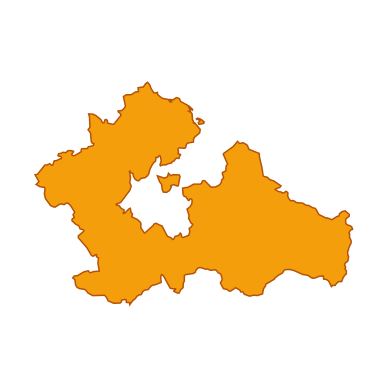 outline of Hebei, rotated 261°
{"feature_id": "CHN-1811", "entity_name": "Hebei", "entity_type": "Province", "adm_level": 1, "iso_a3": "CHN", "parent_name": "China", "parent_adm1": "", "projection": "mercator", "projection_center": [116.359, 39.339], "detail": "fine", "context": "isolated", "style": "filled", "palette": "amber", "viewbox_px": 384, "rotation_deg": 261, "n_neighbors": 0, "source": "natural_earth", "source_scale": "10m", "svg_char_len": 5999}
<svg xmlns="http://www.w3.org/2000/svg" viewBox="0 0 384 384"><g transform="rotate(261 192 192)"><path d="M224.3,228.8L225.1,229.2L230.5,239.9L234.9,244.9L232.6,246.5L232.4,248.5L232.8,249.7L231.9,251.4L229.5,253.9L225.2,255.0L219.6,264.4L216.2,264.1L204.6,264.9L196.9,264.8L195.8,266.0L194.9,268.6L192.1,270.7L190.2,274.4L184.1,280.9L182.7,279.3L182.3,276.2L181.4,274.5L178.8,277.7L178.3,279.5L176.7,281.7L176.8,282.8L178.0,284.8L176.9,286.2L175.8,286.6L173.6,285.9L170.6,286.4L168.0,288.0L167.6,291.0L165.1,293.7L163.7,299.6L160.9,302.8L160.6,305.0L157.7,308.5L156.7,310.9L155.4,311.9L150.0,313.7L145.1,320.6L145.3,321.4L142.8,325.9L145.2,331.6L145.4,333.6L147.4,334.2L149.2,337.2L149.4,340.3L145.4,343.7L143.6,343.6L141.5,340.0L139.7,339.2L136.6,339.1L135.0,340.6L134.0,342.8L132.7,344.2L130.3,344.8L129.9,344.6L129.8,342.9L127.2,340.7L125.6,341.1L122.6,340.5L119.3,341.5L117.0,341.3L111.9,337.9L110.0,337.4L109.2,336.4L105.7,336.1L103.8,336.6L99.5,335.2L97.9,332.4L96.5,331.3L93.5,332.0L92.1,331.0L90.0,332.2L86.8,331.5L85.8,329.7L83.6,327.8L80.1,325.8L80.6,322.9L79.1,320.4L77.3,318.7L77.8,316.5L76.7,314.9L82.8,313.0L84.8,310.7L85.3,308.4L88.6,308.5L88.8,304.0L87.8,300.3L88.0,297.4L91.7,293.2L93.2,288.5L98.7,280.1L100.2,276.2L100.7,272.3L100.5,271.0L97.8,268.6L96.4,264.6L94.2,260.7L93.0,259.6L89.3,250.3L87.7,249.9L85.2,247.5L80.3,245.7L79.5,240.4L80.4,237.1L80.1,232.6L82.8,227.7L85.4,226.6L85.7,224.5L87.8,223.8L90.6,220.1L88.0,214.5L88.5,213.0L90.2,211.5L91.6,207.9L97.6,205.8L101.1,208.3L106.5,207.5L108.3,205.0L110.5,204.0L111.5,202.8L111.8,197.8L113.4,195.6L113.7,193.2L115.9,188.9L116.3,186.6L114.0,183.5L112.3,182.8L111.3,180.7L111.4,172.8L110.8,171.4L105.2,170.5L103.5,169.2L98.9,168.2L97.2,165.6L94.1,163.3L94.5,161.8L96.7,158.5L97.4,158.7L98.3,160.5L99.0,160.6L99.6,157.2L100.4,155.4L113.1,150.9L114.9,149.8L115.2,149.0L113.0,147.8L107.5,147.4L106.2,141.5L106.1,138.4L105.1,136.4L102.5,133.4L102.4,129.6L101.0,127.5L98.7,125.9L98.5,123.3L97.5,121.0L95.8,119.7L93.7,116.2L90.5,112.9L92.4,113.1L93.2,109.9L95.6,110.1L96.4,109.3L96.2,105.5L94.4,105.0L93.6,103.7L94.3,97.4L97.5,92.2L101.8,90.8L103.7,89.4L105.2,77.7L108.5,73.5L112.0,71.5L112.8,70.2L114.2,65.7L115.7,63.7L118.3,62.5L123.9,62.6L125.8,60.7L127.5,62.6L127.3,65.7L130.1,72.9L130.4,77.2L128.6,78.3L128.1,79.2L128.8,82.1L128.4,88.1L136.3,87.9L141.5,89.3L143.0,87.5L145.1,87.9L145.1,86.8L144.0,84.4L145.0,82.8L153.6,79.4L164.5,72.6L166.5,72.9L170.2,79.0L170.8,79.1L171.9,78.5L173.0,75.7L176.2,75.0L178.7,71.8L182.4,68.9L184.2,69.5L185.1,71.8L188.1,70.9L190.4,73.0L197.5,70.0L200.0,68.1L200.8,66.3L199.5,63.7L200.7,61.3L200.6,59.5L198.5,54.4L198.9,52.9L200.7,50.2L208.5,46.2L213.5,45.9L217.3,47.2L219.6,47.1L221.0,42.7L223.8,39.2L226.1,42.5L233.6,39.7L233.7,42.2L241.6,50.8L241.4,53.1L242.2,55.9L240.4,57.5L240.3,58.6L244.3,60.8L244.2,63.3L245.3,66.2L245.2,67.9L246.0,68.4L247.5,68.1L248.4,65.7L249.1,65.3L250.7,66.3L250.7,68.7L251.4,70.7L250.6,73.6L252.3,76.0L251.6,79.7L250.7,81.3L250.2,81.3L248.5,79.4L247.3,79.2L246.8,79.5L246.2,81.4L249.0,88.7L251.6,89.4L252.0,90.1L251.3,95.4L252.9,96.7L253.0,99.9L253.6,102.0L255.3,102.6L255.9,101.0L257.9,100.4L266.2,101.0L269.8,99.1L271.9,101.3L282.2,102.5L285.3,102.1L284.4,106.3L282.6,109.0L277.8,113.3L274.4,114.5L274.1,116.0L276.9,117.3L277.1,118.5L275.9,119.6L273.2,119.4L271.3,124.2L271.3,125.5L278.9,133.9L281.0,133.3L282.6,131.6L283.6,131.6L283.5,135.4L285.3,138.3L287.3,139.7L297.0,139.2L298.3,142.2L297.6,147.1L299.6,151.7L299.5,154.8L303.4,155.0L303.4,160.4L306.3,163.2L307.3,165.3L304.5,167.0L300.5,167.8L296.0,169.8L295.4,171.3L295.8,173.4L293.5,173.4L289.9,176.5L288.9,178.0L286.9,183.6L285.5,183.7L284.2,184.8L284.2,185.7L285.4,184.8L284.9,186.4L286.1,184.5L286.8,184.6L285.9,188.4L286.4,188.6L287.7,191.2L286.7,193.5L285.9,194.3L283.3,194.8L277.3,202.5L273.5,205.5L272.9,205.2L274.6,203.9L275.6,202.3L272.4,203.3L272.2,201.4L271.0,203.2L269.4,204.3L263.0,203.8L261.9,204.4L259.7,204.4L259.4,204.8L259.8,205.5L252.5,209.9L249.2,208.8L245.8,203.3L244.2,201.9L241.1,201.2L241.0,195.4L239.9,194.0L236.8,192.6L236.3,191.6L237.6,186.5L237.3,185.6L236.2,184.7L234.4,185.0L232.0,184.3L231.2,186.1L230.4,186.5L229.2,185.2L227.2,184.4L227.7,182.1L227.3,180.6L225.6,179.5L225.0,177.3L223.9,176.4L223.6,172.7L222.9,170.6L223.4,167.5L222.8,165.0L223.8,164.6L227.6,166.5L232.5,166.3L233.1,165.3L231.4,163.5L231.9,161.9L228.1,160.8L227.1,158.9L224.8,156.7L221.0,154.0L216.7,152.1L215.1,150.7L213.5,148.1L213.4,143.7L211.4,141.2L211.9,139.5L213.5,137.8L216.6,136.6L219.6,136.5L220.5,134.6L222.3,134.0L222.2,133.4L215.7,133.5L211.0,132.0L207.4,132.9L203.3,130.8L192.8,119.9L191.9,115.2L190.7,115.5L190.1,117.8L186.7,119.6L185.1,122.0L183.8,122.0L181.9,120.7L181.4,120.9L181.6,122.1L185.3,127.3L185.6,128.5L181.5,128.6L179.5,129.8L176.9,128.6L173.5,133.6L170.2,136.3L168.6,136.6L164.8,135.8L159.0,138.5L159.0,139.2L165.0,148.4L166.3,149.4L166.7,151.9L164.9,154.0L163.2,157.1L153.6,160.2L151.8,161.2L150.1,164.1L148.1,165.4L148.2,166.4L150.9,168.4L151.0,171.7L153.2,174.0L151.8,174.9L149.7,174.7L148.7,175.5L148.5,176.3L149.8,182.0L152.8,183.5L156.6,183.6L157.6,185.8L160.0,187.7L161.7,186.1L166.6,184.5L169.2,185.4L175.8,184.4L177.8,187.8L180.2,189.9L183.6,190.8L184.9,190.5L185.5,189.6L185.4,188.9L184.1,187.8L184.2,187.1L188.1,185.2L189.1,183.5L190.9,182.8L197.3,183.3L197.3,188.8L199.5,194.9L198.5,201.3L199.1,202.8L201.2,204.0L201.5,205.3L200.9,206.5L193.8,211.6L193.3,216.1L194.8,220.4L196.6,222.2L199.4,223.4L201.1,225.5L206.0,224.8L206.7,225.6L207.4,228.6L212.4,229.8L214.0,231.5L224.3,228.8ZM213.4,160.3L210.1,166.8L210.5,169.1L211.2,170.3L214.2,171.7L211.4,173.6L212.1,175.9L210.9,182.1L209.2,182.6L200.3,179.4L200.3,178.1L202.0,175.3L202.2,174.0L201.4,172.0L200.4,172.5L197.0,170.0L195.6,166.9L196.3,163.8L198.6,163.0L204.3,163.1L207.1,161.6L213.4,160.3ZM263.5,207.8L264.1,209.2L262.1,212.6L259.2,215.0L258.0,214.3L258.4,213.9L257.7,212.7L257.9,209.3L259.7,209.1L260.9,211.1L263.3,209.0L262.8,208.2L263.5,207.8Z" fill="#f59e0b" stroke="#b45309" stroke-width="1.5"/></g></svg>